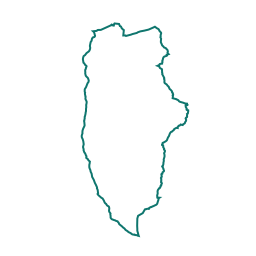 outline of Pesceana, Vâlcea, Romania, rotated 190°
{"feature_id": "2599482B54913622805817", "entity_name": "Pesceana", "entity_type": "district", "adm_level": 2, "iso_a3": "ROU", "parent_name": "Romania", "parent_adm1": "Vâlcea", "projection": "robinson", "projection_center": [24.119, 44.892], "detail": "fine", "context": "isolated", "style": "outline", "palette": "teal", "viewbox_px": 256, "rotation_deg": 190, "n_neighbors": 0, "source": "geoboundaries", "source_scale": "gbopen_adm2", "svg_char_len": 5680}
<svg xmlns="http://www.w3.org/2000/svg" viewBox="0 0 256 256"><g transform="rotate(190 128 128)"><path d="M179.2,217.2L178.4,216.7L177.8,215.9L177.3,215.0L177.0,214.1L176.5,213.3L176.5,212.6L176.9,211.8L178.2,211.2L178.6,210.7L178.7,210.1L179.0,209.6L179.0,207.6L179.7,206.1L179.8,202.3L179.6,201.6L179.2,200.7L179.1,199.8L179.1,199.2L179.4,197.6L179.9,196.6L181.9,194.5L182.9,192.4L184.0,191.3L184.2,191.0L184.4,189.6L184.4,188.0L183.2,184.6L182.1,183.9L181.3,182.8L179.8,182.0L179.6,181.7L179.5,181.3L179.9,180.1L179.8,179.0L180.0,178.5L180.2,178.0L180.1,176.9L179.7,175.4L179.6,174.3L178.7,172.2L177.7,171.3L176.4,170.5L175.8,169.7L174.9,167.9L174.9,166.7L175.0,166.2L175.6,165.1L176.4,161.0L176.7,160.2L177.2,159.1L177.3,158.3L177.1,157.2L176.9,156.1L176.4,155.5L176.4,154.3L176.0,153.2L175.6,152.4L175.5,151.8L175.2,151.5L175.0,149.4L174.6,148.6L174.0,147.9L173.2,146.5L173.1,144.5L173.2,143.5L172.7,141.2L172.7,139.7L172.3,137.3L172.4,135.9L172.3,134.6L172.4,132.3L172.6,131.4L172.3,130.0L172.4,129.0L172.3,128.1L172.5,127.3L172.1,126.4L171.5,124.2L171.2,123.2L171.3,122.2L172.0,119.7L172.3,117.7L172.2,115.9L171.9,115.0L172.2,112.9L172.2,112.0L171.8,110.7L170.6,109.0L169.7,107.1L168.8,104.3L169.0,101.7L168.9,101.2L168.0,99.4L167.9,98.4L166.7,96.3L165.9,95.7L165.1,94.5L164.7,93.7L164.0,93.0L164.0,91.7L163.8,91.2L162.3,90.5L161.4,89.4L159.7,88.3L159.7,87.3L159.6,86.5L159.7,85.0L159.3,82.7L158.8,81.6L157.7,79.9L157.2,78.5L155.9,76.7L154.8,73.6L152.7,71.0L151.1,68.2L149.7,66.4L148.3,64.3L148.1,63.8L148.1,63.1L147.3,62.1L147.0,61.4L146.4,59.4L146.1,58.6L146.5,58.1L146.4,57.5L145.3,56.6L142.2,54.7L140.8,54.2L139.2,52.4L138.2,50.8L137.8,50.3L136.8,49.6L136.3,49.4L135.4,48.3L134.8,47.9L133.4,47.4L133.1,47.1L132.5,45.8L132.3,43.1L131.8,42.1L130.4,40.8L130.4,39.7L129.9,38.5L129.6,36.8L129.4,36.4L128.2,35.4L125.7,34.9L124.6,34.8L123.5,34.4L122.1,34.3L121.5,33.6L120.8,33.2L120.3,32.3L119.8,31.7L116.7,30.0L115.8,29.3L114.0,28.4L112.7,27.2L110.5,26.3L109.5,25.6L107.0,24.9L106.3,24.4L105.3,24.0L104.1,23.9L103.0,24.2L102.5,23.8L101.0,24.0L100.4,23.9L100.0,23.7L98.7,23.6L99.2,24.5L100.0,26.4L100.5,27.4L101.0,28.5L101.3,30.2L102.0,33.3L103.1,40.5L102.8,43.3L98.7,46.7L97.2,50.8L96.1,51.2L96.1,51.3L94.9,51.8L94.1,52.0L93.6,51.9L93.3,52.0L93.2,52.2L93.2,53.0L92.5,53.5L92.1,54.0L91.1,54.2L90.4,55.0L89.3,55.5L88.5,56.2L87.1,57.1L86.6,57.6L86.1,58.5L86.0,59.2L85.8,61.2L85.6,62.3L85.6,63.7L85.3,64.4L84.9,64.8L86.0,64.7L86.9,64.4L87.2,64.9L87.4,66.1L87.6,66.8L87.4,68.2L87.4,68.7L87.9,70.8L87.8,72.1L87.3,73.1L87.1,73.7L87.0,73.9L86.7,73.9L86.5,74.1L86.2,74.5L86.2,74.9L85.9,75.3L85.9,75.8L85.8,76.0L85.9,76.5L85.3,77.1L85.3,77.5L85.5,78.1L85.0,79.1L85.3,79.9L85.6,80.2L86.0,80.3L86.1,80.5L86.1,80.9L86.0,81.4L86.2,81.8L86.1,82.6L86.4,83.1L86.5,83.9L86.9,84.4L86.9,84.6L86.5,85.0L86.6,85.5L86.3,86.0L86.6,86.8L86.7,87.2L87.0,87.8L87.1,88.3L87.0,88.5L86.5,88.6L86.2,88.9L86.2,89.1L86.3,90.3L85.3,91.4L85.1,91.8L85.1,92.2L85.7,93.2L86.0,93.6L86.1,94.2L87.7,96.1L87.6,96.4L87.2,96.6L87.0,96.8L87.1,97.1L86.9,98.2L87.0,99.5L87.1,99.8L87.0,101.8L87.4,103.3L87.2,104.9L87.1,105.7L87.1,106.7L87.6,108.5L88.1,109.5L87.6,111.0L87.6,111.9L88.1,112.5L88.8,113.0L88.9,113.3L88.8,113.7L88.8,113.9L90.0,115.2L90.1,116.4L90.4,116.8L91.1,116.9L91.5,117.1L91.6,117.5L91.1,118.2L91.2,118.6L91.4,119.0L91.2,119.4L90.0,120.2L88.3,121.7L87.7,122.5L87.5,122.9L87.4,123.6L87.2,124.5L87.0,125.6L86.3,127.1L85.8,129.9L85.4,130.8L85.0,131.5L83.9,132.2L83.5,133.0L82.7,133.7L82.5,134.0L82.4,134.8L81.0,136.1L80.5,136.4L80.0,136.6L79.1,136.6L79.3,137.3L79.3,137.5L78.9,138.0L78.6,138.9L78.4,139.1L77.6,139.3L76.7,140.6L75.7,140.4L74.6,140.4L74.5,140.6L74.3,141.3L73.4,142.0L72.9,142.5L72.8,143.6L72.2,144.8L72.1,146.0L72.5,146.6L72.6,147.1L72.9,147.4L72.8,147.9L72.6,148.3L71.9,148.8L71.8,149.1L71.8,149.8L72.0,150.2L72.1,151.0L72.0,151.6L72.3,152.1L71.9,152.5L71.6,152.8L71.6,155.1L71.8,155.9L72.9,155.9L73.4,156.1L73.6,156.5L73.5,157.2L74.8,158.8L74.9,159.0L74.9,159.7L75.2,160.3L75.0,160.5L74.4,160.5L73.6,160.8L73.4,161.1L74.0,161.7L74.1,162.2L76.1,162.1L78.1,162.5L81.3,162.8L82.4,163.2L83.3,164.1L85.6,164.7L85.6,164.8L89.2,165.1L89.3,167.5L89.6,167.8L89.3,168.3L89.3,168.7L89.9,169.4L89.8,170.0L90.8,170.8L90.8,171.2L91.2,171.9L92.7,173.1L93.7,173.6L94.2,174.4L94.8,175.0L94.9,175.5L95.3,175.9L96.5,176.6L97.3,177.5L99.6,178.6L100.0,179.1L100.2,180.0L100.4,181.6L101.0,182.5L101.1,182.9L100.9,183.3L101.0,183.6L103.7,187.0L103.6,187.9L104.1,188.6L104.2,189.4L104.5,190.5L104.5,191.0L104.7,191.5L104.8,191.8L106.9,192.6L107.8,193.8L108.2,194.1L109.7,194.4L108.1,195.4L108.2,195.8L107.9,196.3L107.8,196.5L106.7,197.0L105.6,197.3L105.7,198.1L105.5,198.6L105.6,199.4L105.9,199.8L105.8,200.7L105.6,201.0L105.6,202.6L105.3,203.8L104.6,204.7L102.8,205.6L102.3,206.0L102.2,206.1L102.3,206.3L102.2,206.8L102.4,207.0L100.8,207.8L101.2,208.1L101.4,208.1L101.8,208.3L102.0,208.9L102.2,209.2L102.0,210.0L102.1,210.5L102.4,211.0L102.5,211.4L103.1,212.1L103.8,212.4L104.6,213.2L106.5,213.6L107.3,214.4L108.7,215.3L109.7,217.0L110.3,217.7L110.5,218.1L110.7,219.1L110.9,221.7L111.9,223.1L111.7,223.8L112.0,225.2L111.9,225.9L111.8,227.2L111.9,227.4L112.2,227.8L113.6,228.8L114.9,230.5L115.4,230.8L116.7,231.2L119.1,232.4L120.6,231.3L124.8,228.5L128.9,226.7L132.6,225.3L134.9,224.0L135.9,223.1L139.9,221.3L141.4,220.4L146.0,218.3L146.6,218.7L148.7,218.3L148.9,220.9L149.1,223.7L150.0,224.1L151.0,224.9L151.4,225.0L152.4,226.5L152.8,226.8L153.7,227.0L154.9,228.9L159.4,228.6L159.6,228.0L160.2,227.3L159.7,227.4L159.8,226.4L160.1,226.4L160.4,226.3L161.1,226.8L161.6,226.5L162.1,226.9L163.0,225.9L171.8,219.9L174.7,219.3L175.0,219.1L175.8,218.2L179.2,217.2Z" fill="none" stroke="#0f766e" stroke-width="2"/></g></svg>